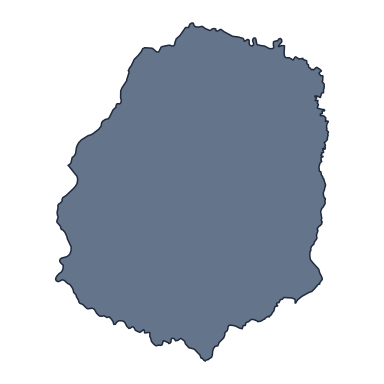 outline of Taminango, Nariño, Colombia
{"feature_id": "7082276B60716782034360", "entity_name": "Taminango", "entity_type": "district", "adm_level": 2, "iso_a3": "COL", "parent_name": "Colombia", "parent_adm1": "Nariño", "projection": "albers", "projection_center": [-77.317, 1.591], "detail": "fine", "context": "isolated", "style": "filled", "palette": "slate", "viewbox_px": 384, "rotation_deg": 0, "n_neighbors": 0, "source": "geoboundaries", "source_scale": "gbopen_adm2", "svg_char_len": 5897}
<svg xmlns="http://www.w3.org/2000/svg" viewBox="0 0 384 384"><path d="M190.1,23.9L189.4,25.1L188.6,27.4L185.5,27.6L179.9,35.6L176.2,38.9L175.0,42.3L174.6,44.7L173.5,45.9L171.9,46.0L170.2,45.3L168.3,45.3L162.4,46.5L161.1,47.2L158.8,51.7L158.1,52.1L156.3,51.7L152.7,48.5L152.0,48.2L144.8,47.7L142.7,48.7L141.1,51.9L137.7,56.0L134.3,59.3L131.3,65.7L129.3,68.4L129.0,69.6L128.3,70.6L129.0,71.8L129.0,72.6L126.8,79.4L126.8,80.5L122.0,87.8L120.7,90.9L120.6,98.0L121.3,100.3L120.8,102.9L119.7,103.8L117.4,103.7L116.8,104.0L116.1,105.4L115.9,107.2L113.1,109.8L109.2,117.7L107.9,118.9L105.4,119.4L102.7,121.2L101.7,122.6L101.0,126.4L98.5,129.4L92.8,133.8L90.7,134.9L88.2,135.6L81.6,139.7L78.7,142.7L77.2,145.5L76.4,147.8L75.6,153.6L74.1,156.0L72.2,157.5L70.9,163.0L69.9,164.2L68.2,165.3L77.0,176.3L77.7,179.2L77.1,183.4L75.6,186.1L73.4,188.6L65.9,195.7L62.8,197.6L62.0,199.6L62.2,200.7L61.6,201.7L60.2,203.1L58.6,204.1L57.9,205.3L58.0,208.2L57.1,212.1L57.3,214.7L58.0,216.4L58.1,217.6L56.9,220.7L57.0,222.4L60.3,226.1L61.1,229.1L63.2,230.3L65.0,232.4L67.0,236.8L67.2,238.4L71.1,246.8L71.1,250.4L69.9,254.0L67.6,256.2L66.7,256.7L61.5,258.1L60.2,259.1L59.7,260.7L59.9,261.7L60.8,263.0L63.2,265.3L63.1,268.5L61.8,271.6L58.8,273.9L56.9,276.0L55.9,277.9L55.6,279.3L56.3,280.8L58.0,281.6L58.9,281.5L62.1,279.9L62.9,279.9L64.5,280.6L67.8,283.6L70.0,284.6L72.3,287.9L73.3,290.3L73.6,292.3L76.0,294.8L76.5,296.9L78.4,300.0L79.0,302.2L79.9,303.3L82.7,304.4L87.0,308.6L88.2,308.8L92.1,308.2L93.8,309.0L94.5,309.6L96.6,313.2L98.6,315.3L99.8,316.1L101.8,316.3L103.8,315.7L107.0,317.5L109.2,316.9L111.2,319.0L113.2,321.8L113.5,323.6L113.9,324.4L115.3,324.3L116.6,322.3L118.6,320.8L121.9,320.8L123.5,321.3L124.9,322.5L126.7,326.1L128.9,328.4L130.4,328.1L132.3,326.8L133.1,326.8L134.1,327.8L135.4,330.3L139.6,332.3L140.8,331.9L143.5,329.7L144.3,330.4L144.5,332.4L144.9,333.0L148.2,332.5L149.5,332.6L149.9,333.0L149.8,336.5L150.7,338.3L151.5,341.5L153.8,344.2L156.0,345.8L158.9,345.1L160.3,345.4L161.8,345.0L162.4,344.1L163.0,341.5L163.6,340.7L168.2,342.6L168.8,343.5L169.1,343.5L170.2,343.0L171.0,341.9L171.1,339.3L172.0,338.3L174.1,338.6L175.5,340.8L177.8,340.4L180.4,338.6L181.3,338.6L184.7,341.3L185.4,343.8L188.8,347.7L194.2,349.1L199.9,355.0L200.9,357.8L201.3,358.2L202.2,358.3L204.2,360.5L205.3,361.0L206.1,360.1L208.5,359.5L209.3,358.6L211.5,357.4L212.3,355.3L212.7,351.2L213.4,348.7L215.0,346.4L217.8,345.8L219.1,342.5L223.7,337.9L224.7,335.3L224.8,333.2L225.3,332.3L227.2,330.7L227.8,329.0L228.0,327.0L228.8,325.5L230.0,325.2L232.6,325.4L235.4,326.0L239.8,328.2L242.2,328.7L243.2,325.7L245.3,325.4L245.8,323.1L246.8,322.2L248.5,321.8L250.8,319.7L253.1,319.4L256.9,320.8L257.9,321.7L261.0,321.1L263.5,319.5L264.5,319.2L265.9,317.7L267.6,316.6L268.3,316.4L269.0,317.0L270.3,315.5L271.4,314.7L272.2,312.9L273.8,311.0L274.9,306.9L275.4,306.3L277.1,306.2L277.5,305.9L277.5,305.4L276.7,304.5L276.6,303.5L277.3,302.9L279.0,302.6L280.3,299.7L282.2,299.3L284.0,297.5L292.1,298.0L294.8,299.2L295.1,300.1L295.1,302.6L295.2,303.0L295.7,303.0L296.5,301.4L297.9,299.6L302.0,296.3L309.2,292.3L311.8,291.5L314.5,288.8L318.2,284.3L319.6,284.1L319.9,282.5L322.2,279.6L322.3,278.8L321.7,276.8L319.7,272.9L318.7,269.2L312.7,262.6L310.3,259.4L309.8,255.4L310.0,251.8L310.8,250.5L310.8,248.1L311.3,246.9L312.5,245.2L313.7,244.5L314.3,242.2L316.9,238.5L316.5,234.9L317.9,230.8L317.7,229.8L317.2,229.4L317.2,228.6L318.9,226.4L320.3,225.5L321.8,223.8L321.6,222.9L322.2,222.0L321.1,220.0L321.8,218.4L320.6,211.7L321.8,208.4L322.8,207.5L324.8,204.3L325.2,202.4L324.8,201.1L325.3,199.6L325.3,198.5L324.4,198.0L323.6,195.8L323.3,192.7L324.5,189.5L324.8,187.6L325.4,186.2L325.5,184.5L324.7,182.4L323.7,178.7L322.8,177.9L322.6,176.5L321.5,175.1L320.8,171.8L319.3,171.1L319.0,166.6L320.0,163.2L321.7,161.4L321.6,161.0L320.8,160.3L321.2,159.3L321.1,157.7L323.0,156.6L322.9,156.3L321.2,155.8L320.9,155.1L321.9,154.0L321.6,152.9L323.5,152.5L323.5,151.7L322.9,150.5L323.2,149.8L322.7,148.6L323.4,148.4L324.3,149.3L325.1,149.0L325.3,147.5L324.7,146.9L325.3,145.9L325.3,145.0L324.3,142.6L325.5,141.8L327.4,139.5L327.5,136.9L328.1,135.5L327.7,133.7L328.4,132.4L328.2,131.7L326.5,130.2L327.0,128.6L326.6,127.4L326.6,125.7L327.0,123.9L328.3,121.7L328.2,121.3L327.6,121.1L325.5,121.3L325.6,120.7L326.1,120.6L325.5,119.5L325.8,117.9L324.1,116.1L323.2,115.7L320.6,115.7L320.3,115.4L320.5,113.9L321.8,113.8L322.3,113.5L322.2,111.2L322.7,111.0L324.1,111.0L324.6,110.5L324.5,109.9L324.1,109.6L321.2,109.2L317.8,108.2L317.3,107.3L318.4,105.0L318.2,104.2L317.4,103.5L317.9,100.5L315.7,100.6L315.3,100.3L316.7,97.8L316.3,97.3L314.9,96.8L315.1,96.0L316.1,95.9L318.3,96.4L319.8,97.4L320.4,97.4L321.5,93.5L322.0,93.0L323.5,92.7L323.5,89.9L324.1,87.9L324.2,85.5L324.0,83.8L322.2,81.8L322.7,80.5L322.9,76.0L322.6,75.7L320.9,75.8L319.0,73.4L319.4,72.5L321.2,71.2L321.2,70.6L319.9,69.3L316.9,67.4L316.0,67.6L313.6,69.9L313.0,69.4L311.5,69.7L310.2,68.1L308.7,67.3L308.4,64.8L306.9,63.7L306.7,60.9L306.0,60.4L304.3,60.1L303.8,59.5L302.7,59.1L302.7,58.4L299.0,59.0L296.2,57.1L295.5,56.9L294.8,57.4L293.3,59.8L292.7,59.9L291.2,58.8L289.0,57.7L286.6,57.8L285.3,57.3L284.4,55.8L284.1,52.8L284.5,46.0L284.1,45.7L282.7,45.6L281.2,45.7L279.2,46.6L278.5,46.4L279.3,44.8L281.6,42.1L281.8,41.5L281.6,39.6L280.5,38.5L279.2,38.7L277.5,40.7L274.5,41.3L273.5,41.9L273.3,44.2L273.7,47.2L273.4,48.0L272.5,48.6L269.4,48.6L264.7,46.1L260.0,45.4L257.5,44.7L256.8,44.0L255.8,38.8L255.2,38.1L254.5,37.9L253.4,38.3L252.7,39.9L252.6,41.0L253.6,43.5L253.3,44.9L252.4,45.9L251.2,45.9L250.0,45.3L249.3,44.3L249.1,40.3L248.6,39.7L247.3,39.5L245.0,41.1L244.4,41.2L243.6,39.2L242.9,38.3L237.9,36.9L232.6,36.3L224.2,31.8L221.3,29.6L220.4,29.4L217.7,31.0L216.6,31.0L215.9,30.7L215.8,29.0L213.8,28.5L211.9,29.1L210.6,30.3L209.9,30.5L205.1,28.5L202.5,26.5L201.6,26.4L198.6,27.1L195.4,26.8L194.0,25.4L193.4,23.4L192.9,23.0L191.6,23.1L190.1,23.9Z" fill="#64748b" stroke="#1e293b" stroke-width="1.5"/></svg>